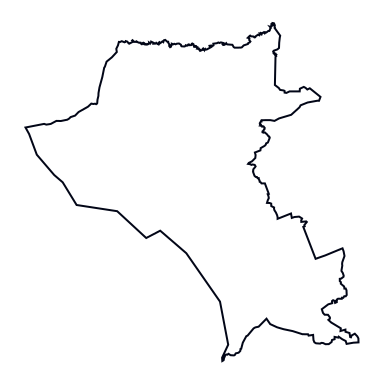 the district of Šēderes pag., Ilukstes, Latvia
{"feature_id": "27541924B25331011014428", "entity_name": "Šēderes pag.", "entity_type": "district", "adm_level": 2, "iso_a3": "LVA", "parent_name": "Latvia", "parent_adm1": "Ilukstes", "projection": "mercator", "projection_center": [26.237, 55.885], "detail": "fine", "context": "isolated", "style": "outline", "palette": "ink", "viewbox_px": 384, "rotation_deg": 0, "n_neighbors": 0, "source": "geoboundaries", "source_scale": "gbopen_adm2", "svg_char_len": 5832}
<svg xmlns="http://www.w3.org/2000/svg" viewBox="0 0 384 384"><path d="M25.5,127.5L29.1,134.0L36.8,154.7L54.2,175.0L62.7,182.3L76.6,205.0L117.2,211.2L146.2,238.0L160.2,230.7L186.3,253.2L220.0,301.6L228.2,344.7L222.1,357.7L222.3,361.0L223.6,360.2L223.8,359.6L223.6,359.3L224.5,357.1L225.3,355.2L226.2,354.5L227.3,354.7L228.5,353.8L230.6,355.2L234.0,355.4L234.8,355.0L235.7,353.4L238.6,352.7L240.3,350.9L240.5,349.0L241.2,348.8L242.8,342.7L246.3,336.2L247.6,335.6L253.6,328.4L255.3,327.4L258.6,326.7L266.5,318.7L270.2,324.1L277.1,327.3L283.6,329.2L292.7,331.1L302.4,334.2L308.1,334.3L308.6,335.6L313.1,334.9L313.5,340.1L314.4,342.3L316.0,343.3L320.2,343.6L321.3,342.9L323.0,343.0L325.5,344.2L328.8,344.1L331.6,342.0L332.0,340.0L334.6,339.2L334.6,336.9L338.3,337.6L338.7,336.7L342.2,339.2L345.7,341.0L346.6,343.9L353.4,342.7L358.5,342.4L358.4,338.4L357.3,336.3L354.8,333.7L351.6,335.5L351.0,337.3L350.2,337.1L349.5,333.0L345.5,331.8L345.4,329.6L340.5,331.0L340.8,328.3L331.2,322.5L328.4,319.9L329.9,318.7L329.9,317.4L328.0,314.8L324.6,314.7L323.0,312.9L321.8,309.2L328.3,304.3L332.2,303.2L332.0,301.1L333.1,300.2L334.4,300.8L335.1,302.9L335.7,302.6L336.7,302.2L336.3,300.7L336.9,300.6L336.9,299.5L338.1,298.7L341.8,298.8L342.0,297.7L343.3,297.8L344.3,296.2L345.7,296.3L346.7,295.0L346.5,290.3L345.7,288.5L344.4,288.6L344.1,286.5L340.8,283.7L340.9,282.2L339.8,281.1L339.8,278.8L341.2,278.6L343.5,276.8L343.7,275.7L342.8,273.0L341.5,271.0L341.5,270.3L342.3,265.6L342.1,264.0L342.3,262.2L344.5,256.0L343.6,251.3L342.5,248.3L325.3,255.4L315.6,258.8L303.3,226.9L304.7,226.3L304.3,225.1L306.8,222.0L306.2,221.4L301.3,221.9L301.2,220.4L302.1,218.5L299.1,216.6L294.5,217.0L291.8,217.9L291.0,213.5L277.6,218.8L277.6,217.2L277.1,215.2L275.9,212.5L274.4,210.2L274.0,208.5L274.1,207.5L271.3,206.1L271.2,203.6L269.7,203.0L267.0,202.9L267.8,200.2L268.8,198.1L268.4,195.9L267.7,194.2L268.8,193.9L264.9,183.4L261.5,183.4L260.8,182.4L259.7,181.8L259.7,181.1L259.4,180.7L259.5,180.3L258.9,179.4L258.7,178.1L257.6,178.2L256.9,177.0L255.7,176.9L254.5,175.8L253.0,171.7L253.3,171.0L253.1,170.2L253.5,169.0L255.0,167.3L255.6,166.4L254.7,164.9L252.6,164.5L251.3,164.9L250.6,164.3L248.1,163.9L248.8,162.9L251.9,161.4L255.3,158.0L255.6,155.0L254.9,152.5L260.4,150.4L260.7,148.1L264.7,145.8L265.8,144.6L266.1,143.4L267.9,142.5L269.7,137.9L269.7,137.3L269.0,136.8L269.0,136.4L267.9,135.7L267.3,134.6L264.8,132.4L263.6,132.7L262.5,132.3L262.5,131.4L263.7,130.4L263.9,129.4L264.5,129.1L264.7,127.9L263.6,126.5L262.5,126.6L262.6,126.2L260.9,125.8L261.1,125.7L260.6,125.3L260.8,124.8L260.0,124.5L260.2,123.7L259.8,123.2L260.1,122.7L260.4,122.9L260.6,121.9L261.0,121.3L261.4,121.3L261.2,120.7L261.5,120.2L270.2,120.1L274.5,120.9L279.1,118.4L291.2,114.8L299.5,107.3L300.6,105.3L307.6,102.5L317.5,100.7L319.0,100.8L320.5,96.9L309.8,88.3L307.3,89.5L305.6,87.9L303.8,86.9L299.9,88.7L299.7,91.4L289.6,91.4L286.4,92.9L284.6,92.6L284.6,91.0L283.8,90.5L280.1,89.9L278.8,88.0L274.9,85.0L275.5,56.8L276.2,56.1L275.7,55.3L276.3,54.6L275.6,54.0L275.6,54.5L275.2,54.6L275.3,53.9L274.4,54.0L273.6,53.4L273.5,53.0L274.1,52.7L273.2,51.4L273.8,50.7L277.4,49.4L279.0,48.0L279.2,42.7L279.8,37.5L280.2,35.7L274.7,28.1L275.0,27.9L274.4,25.5L274.8,25.2L274.0,23.3L273.6,23.2L273.2,23.8L272.9,23.1L272.4,23.0L272.2,23.7L271.4,24.0L271.4,24.7L273.0,25.2L270.7,26.3L271.2,26.7L270.8,27.2L270.0,26.9L270.6,27.7L270.7,28.3L270.1,28.9L269.7,30.5L269.2,31.0L268.4,30.9L266.3,32.5L265.0,32.1L264.8,32.4L265.0,33.1L264.7,33.4L263.8,32.4L263.5,32.8L262.4,32.8L261.5,33.2L261.8,33.8L261.6,34.3L260.9,33.6L260.9,33.1L260.5,32.9L259.9,33.7L259.6,33.6L259.8,34.4L259.4,35.3L258.0,34.7L255.4,36.5L255.4,37.0L254.9,37.4L254.4,37.4L253.4,36.5L250.9,36.3L250.2,35.6L249.8,35.8L247.8,37.8L249.3,38.3L249.5,38.8L249.2,39.4L249.3,40.2L250.4,41.5L249.7,42.4L248.2,43.1L247.9,44.0L243.7,45.4L241.9,47.3L240.8,47.6L234.7,47.7L233.7,47.1L232.4,44.8L227.3,44.4L226.8,44.2L226.2,43.2L224.6,44.8L223.2,45.0L222.8,44.5L223.9,44.2L224.1,43.9L223.8,43.1L220.9,42.4L219.4,43.0L218.3,42.5L216.9,43.2L213.3,43.7L213.5,45.4L212.1,46.2L211.3,45.5L209.5,45.8L209.9,47.0L210.6,47.4L206.9,49.4L206.0,49.6L205.3,48.9L204.6,50.0L204.4,49.3L203.6,49.7L203.1,48.5L202.7,48.8L202.7,49.5L202.2,50.0L200.1,50.9L199.7,50.4L200.3,49.8L199.0,49.1L198.9,48.5L198.2,48.2L198.1,48.9L197.1,48.7L197.4,48.2L197.4,47.3L196.9,47.4L196.2,46.1L195.1,45.9L194.9,46.9L194.1,46.8L193.4,44.1L192.3,43.5L191.9,43.7L192.2,44.6L191.2,45.1L188.9,45.2L189.0,44.5L188.4,44.4L186.9,45.8L185.8,45.2L185.0,46.3L184.3,46.5L181.6,46.3L181.2,45.9L180.9,44.7L179.0,43.5L176.8,43.7L175.6,44.3L174.2,43.8L173.3,44.3L171.8,43.7L171.8,44.9L170.8,45.2L171.1,46.4L170.9,46.8L170.1,47.2L169.2,46.0L169.3,44.7L169.5,44.6L168.5,43.2L168.2,41.8L167.5,41.9L165.2,39.9L163.9,40.3L163.3,42.1L162.4,41.4L160.5,43.0L159.4,42.1L158.8,42.7L159.3,43.7L158.8,44.4L158.4,44.0L157.7,44.1L156.2,42.8L155.5,43.6L153.5,43.7L153.8,42.9L151.5,41.8L151.6,42.5L150.5,42.4L150.0,43.6L149.2,42.9L149.3,43.5L148.4,43.7L148.2,44.1L147.4,44.0L147.4,44.4L147.1,44.6L145.8,44.6L145.4,44.1L144.7,44.3L144.6,44.0L144.9,43.7L144.5,43.5L143.7,43.8L143.8,42.9L143.3,42.7L142.9,43.0L143.1,43.3L142.8,43.8L142.3,43.4L141.6,44.1L140.7,43.4L140.9,43.0L140.7,42.7L138.4,42.6L137.6,42.0L138.0,41.6L137.0,42.0L136.3,41.4L135.9,41.9L133.8,41.9L133.6,41.2L132.5,40.2L132.2,40.5L132.5,40.7L132.5,42.0L129.2,43.7L128.9,43.5L129.1,43.1L128.4,43.0L127.3,41.6L125.7,41.1L125.3,42.0L124.5,42.3L121.8,41.2L120.0,42.0L118.9,41.9L118.0,45.3L116.3,48.8L116.8,52.0L111.9,57.3L106.6,61.6L104.9,66.7L104.2,67.7L102.3,77.1L99.5,87.3L98.5,93.1L98.4,95.9L97.5,99.7L97.2,103.2L96.9,103.7L96.1,104.2L95.1,103.7L93.3,104.0L91.3,103.6L88.0,106.7L78.6,112.0L75.1,115.6L70.6,117.1L69.1,118.6L67.3,119.7L60.9,121.0L56.4,120.9L50.8,123.9L49.2,124.2L46.3,124.6L44.1,123.9L25.5,127.5Z" fill="none" stroke="#020617" stroke-width="2"/></svg>